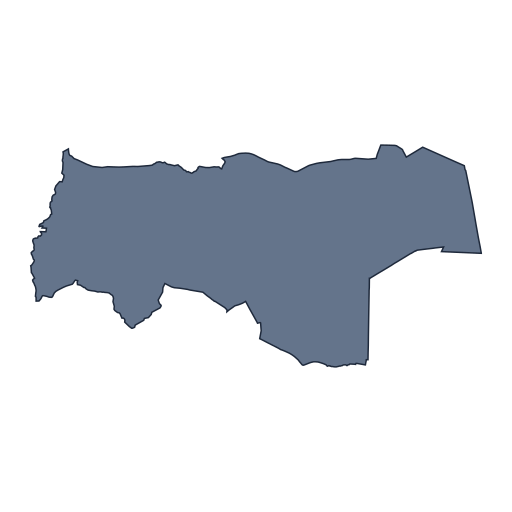 outline of Sahuayo, Michoacán, Mexico
{"feature_id": "50627088B51707940483337", "entity_name": "Sahuayo", "entity_type": "district", "adm_level": 2, "iso_a3": "MEX", "parent_name": "Mexico", "parent_adm1": "Michoacán", "projection": "albers", "projection_center": [-102.785, 20.048], "detail": "fine", "context": "isolated", "style": "filled", "palette": "slate", "viewbox_px": 512, "rotation_deg": 0, "n_neighbors": 0, "source": "geoboundaries", "source_scale": "gbopen_adm2", "svg_char_len": 5926}
<svg xmlns="http://www.w3.org/2000/svg" viewBox="0 0 512 512"><path d="M481.3,253.3L481.3,253.1L481.0,251.6L480.2,247.0L479.3,242.5L478.4,237.9L477.6,233.5L476.8,228.9L476.0,224.5L475.3,220.3L472.3,203.0L471.8,200.4L465.7,170.5L465.1,169.8L464.8,168.6L464.6,167.3L464.3,165.7L462.3,164.8L455.9,162.0L422.7,147.2L414.8,152.0L406.3,157.1L402.9,150.7L402.5,149.7L402.1,149.3L400.6,148.3L398.6,147.1L396.6,145.8L395.8,145.6L394.8,145.4L388.5,145.2L382.8,145.1L380.8,145.1L378.7,150.7L377.3,154.3L376.2,158.4L368.2,159.2L355.6,158.3L354.3,158.4L350.8,159.3L349.3,159.5L341.6,159.5L339.3,159.7L337.7,159.9L334.6,160.6L333.2,160.9L330.8,161.5L319.8,162.8L316.5,163.4L310.1,165.1L308.5,165.7L304.3,167.9L302.2,169.0L297.8,171.3L296.7,171.5L295.8,171.6L294.4,171.5L293.0,170.9L287.0,168.1L285.2,167.4L280.5,165.0L277.7,164.0L272.4,162.8L268.7,162.0L267.2,161.4L264.6,160.0L258.4,157.1L256.2,155.9L253.7,154.7L251.4,153.9L249.0,153.3L247.3,153.2L245.6,153.1L243.5,153.2L241.3,153.3L238.7,153.6L236.3,154.5L235.0,155.1L230.3,156.5L227.7,156.9L224.3,157.5L222.1,158.3L223.3,159.5L224.2,160.1L225.2,161.8L224.6,163.3L223.6,164.7L222.8,165.9L221.7,168.9L220.4,168.4L220.1,167.9L219.2,167.1L218.7,166.9L216.4,167.0L214.1,166.8L209.3,167.6L205.5,167.5L202.4,166.9L200.9,166.6L199.5,166.4L198.7,166.9L198.0,167.5L198.1,168.4L197.3,169.2L196.3,170.7L195.8,171.1L195.1,171.3L194.2,171.6L193.6,172.0L193.3,172.4L192.7,172.6L191.9,173.2L191.1,173.1L190.4,172.6L189.1,172.2L188.2,171.6L187.4,171.8L186.5,171.8L185.7,170.6L185.0,170.3L184.0,170.1L183.5,169.7L181.3,167.4L179.5,166.2L178.8,165.7L178.3,165.0L177.8,164.9L174.5,165.7L171.1,164.9L169.8,164.5L168.8,164.6L166.7,163.9L164.7,162.2L163.0,162.8L162.1,162.7L160.7,162.0L159.2,161.8L157.8,162.1L156.5,162.3L155.6,163.1L154.7,163.7L153.5,164.1L152.6,164.9L152.0,165.2L149.0,165.6L137.8,166.5L133.1,166.4L129.3,166.6L124.4,166.9L119.1,167.1L112.7,166.9L107.7,166.7L102.1,167.5L92.7,166.5L86.8,164.3L77.7,160.0L74.1,158.6L71.6,156.1L69.8,155.4L69.1,154.1L68.8,152.8L68.5,150.4L68.4,148.9L63.0,151.9L63.3,153.4L63.2,155.0L62.9,157.3L63.0,158.1L62.6,158.9L62.4,160.0L62.4,161.0L63.0,162.4L63.0,163.4L62.7,169.6L61.8,173.1L64.0,175.2L63.8,177.6L62.8,179.8L62.2,181.8L59.6,181.6L55.9,185.9L54.6,189.5L55.6,192.3L55.4,193.9L54.4,194.7L53.4,195.0L52.7,195.9L52.1,196.9L51.9,198.4L51.8,199.8L52.0,200.9L51.4,201.5L50.6,202.1L50.2,202.9L50.1,204.4L50.2,205.5L49.8,207.2L50.5,207.6L50.4,208.1L51.2,209.8L51.4,211.0L51.7,214.1L50.6,214.6L50.2,215.8L49.8,216.8L49.3,217.4L48.2,218.4L47.5,219.0L45.7,220.0L44.1,220.7L43.7,221.1L43.6,222.0L43.4,222.5L42.6,223.0L39.7,224.4L39.0,226.4L39.2,226.6L39.5,226.6L39.5,226.4L42.8,226.0L42.9,226.5L42.0,228.0L46.5,228.2L46.0,231.5L45.9,231.8L40.3,231.6L40.4,232.0L40.9,232.5L41.2,232.9L41.6,233.5L41.5,235.0L40.8,235.5L40.5,236.1L38.8,235.9L38.0,236.7L37.7,237.9L35.6,238.3L35.4,238.1L34.9,238.3L34.2,238.5L33.3,239.0L32.9,240.0L32.7,240.9L33.3,242.9L34.0,244.7L34.1,245.7L34.0,246.6L33.9,247.3L33.9,248.0L34.2,249.3L34.1,249.8L33.9,250.3L33.4,250.9L32.7,251.1L31.2,252.7L31.4,254.1L31.9,254.9L32.5,256.3L33.4,259.2L34.2,259.9L34.3,260.8L33.8,262.0L33.2,262.9L31.8,265.0L30.7,265.8L31.0,267.0L31.4,272.7L31.9,273.2L34.6,278.2L33.2,279.3L32.6,280.1L32.8,281.0L33.2,282.1L33.7,282.7L34.1,283.6L34.7,285.2L35.3,286.3L35.7,287.8L36.1,290.2L36.0,291.6L35.8,292.8L35.5,295.5L35.4,296.3L35.7,296.8L36.1,297.2L36.1,301.1L39.0,301.0L40.6,299.1L41.5,297.6L42.0,296.4L42.6,295.7L43.8,295.7L47.0,296.4L49.2,297.2L50.1,297.2L51.2,297.4L52.1,297.1L52.7,296.3L54.2,293.1L55.8,291.4L57.9,290.1L63.2,287.4L66.4,286.0L70.0,284.9L71.3,284.5L72.3,284.2L73.1,283.3L74.2,281.6L74.9,280.6L75.4,280.1L77.7,280.7L77.2,282.4L77.5,284.6L80.5,285.2L83.9,287.5L84.8,287.5L86.1,288.9L88.1,290.1L91.3,290.7L94.7,291.1L96.8,291.7L97.8,292.0L99.9,291.8L101.1,291.9L102.2,292.2L103.4,292.1L104.7,292.4L107.4,292.6L108.6,292.9L109.0,292.9L111.1,294.6L112.3,295.3L113.0,296.4L113.5,298.3L113.0,301.7L114.3,306.2L114.0,309.2L114.8,310.5L117.5,312.5L119.4,312.9L120.2,314.0L121.9,318.1L123.3,318.1L124.0,318.5L124.6,319.3L124.9,320.5L124.7,322.1L129.6,326.8L130.8,327.5L131.4,328.2L132.5,328.2L134.6,327.3L135.2,325.1L143.7,320.3L144.4,318.4L148.4,317.6L151.2,314.5L151.8,312.3L160.0,307.9L161.0,306.3L161.1,305.3L159.5,303.7L159.0,302.5L158.2,300.0L162.6,292.1L162.9,288.1L163.0,287.5L164.9,283.5L171.5,286.9L174.3,287.7L179.8,288.2L187.6,289.4L189.8,290.0L202.9,292.2L207.2,295.8L210.4,298.1L212.0,299.5L213.4,300.4L214.3,301.3L215.0,301.3L224.8,307.6L227.0,309.9L226.9,311.8L229.0,310.0L233.0,307.2L234.7,305.9L236.3,305.4L238.4,304.8L240.8,303.9L242.7,303.1L245.6,301.4L247.2,304.3L249.8,309.2L257.0,322.1L257.5,323.2L259.9,322.6L260.3,322.6L260.6,322.9L261.0,328.4L261.2,330.7L259.7,338.7L260.4,339.0L268.2,343.0L278.6,348.3L280.7,349.6L282.3,350.1L284.5,351.0L285.4,351.4L287.2,352.2L289.6,353.3L292.2,354.9L294.4,356.5L298.2,359.9L299.6,361.8L301.0,363.4L301.8,364.4L302.4,365.0L303.6,365.2L309.8,362.8L311.4,362.3L313.6,361.8L315.7,361.8L318.1,362.0L320.2,362.6L323.3,363.6L326.1,364.8L326.7,365.6L327.3,366.2L327.9,366.1L328.5,365.7L329.2,365.7L329.8,365.8L329.8,366.0L331.9,366.6L332.7,366.5L333.9,366.8L336.1,366.9L338.3,366.4L338.8,366.3L339.5,366.0L340.2,366.1L340.6,366.0L341.5,365.7L342.3,365.6L343.3,364.9L345.6,364.8L346.1,365.0L346.5,365.4L347.0,365.6L348.1,364.8L349.1,364.7L349.4,364.2L350.2,364.0L354.3,364.2L355.6,364.4L355.7,363.9L355.8,363.7L356.0,363.4L356.4,363.4L356.8,363.4L362.6,364.4L365.2,364.9L365.4,364.9L365.8,362.5L366.2,360.6L366.3,359.7L367.4,359.7L368.0,359.7L368.1,352.6L368.2,349.2L368.3,345.7L368.4,336.1L368.8,310.1L369.1,292.4L369.1,290.6L369.3,287.5L369.3,286.9L369.4,278.3L369.9,278.4L370.5,277.9L377.1,273.9L390.6,265.8L391.0,265.6L394.3,263.4L397.4,261.6L410.2,253.8L410.7,253.5L411.2,253.4L415.3,250.9L415.6,251.1L417.1,250.2L424.9,249.2L432.7,248.3L435.4,247.9L443.6,247.0L441.5,251.6L481.3,253.3Z" fill="#64748b" stroke="#1e293b" stroke-width="1.5"/></svg>